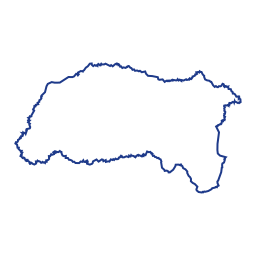 the district of Senangkhanikhom, Amnat Charoen, Thailand
{"feature_id": "78962969B182385267454", "entity_name": "Senangkhanikhom", "entity_type": "district", "adm_level": 2, "iso_a3": "THA", "parent_name": "Thailand", "parent_adm1": "Amnat Charoen", "projection": "natural_earth1", "projection_center": [104.697, 16.044], "detail": "fine", "context": "isolated", "style": "outline", "palette": "blue", "viewbox_px": 256, "rotation_deg": 0, "n_neighbors": 0, "source": "geoboundaries", "source_scale": "gbopen_adm2", "svg_char_len": 5772}
<svg xmlns="http://www.w3.org/2000/svg" viewBox="0 0 256 256"><path d="M222.6,83.8L221.4,85.8L220.5,86.3L218.9,86.2L218.1,87.1L217.2,87.1L215.9,86.1L214.7,86.9L213.1,85.3L211.3,81.9L210.6,81.9L209.5,80.8L206.9,80.3L205.1,79.4L204.1,76.8L204.2,75.8L202.8,74.6L201.5,72.0L200.7,72.0L199.7,71.3L199.2,72.5L198.2,72.0L196.3,72.3L197.0,73.9L195.8,74.6L195.3,74.4L194.7,75.8L192.6,76.5L192.7,77.0L191.6,78.6L191.4,78.3L190.6,79.0L189.7,78.4L189.2,79.4L188.9,79.1L188.0,79.8L186.6,79.9L186.1,79.3L183.6,80.5L181.3,80.0L181.3,80.9L179.4,79.7L178.8,80.3L178.5,79.7L177.4,80.1L177.3,79.7L176.9,80.3L176.0,80.4L173.1,79.9L173.0,80.5L172.3,80.6L172.0,79.9L169.8,81.1L169.3,80.6L168.3,81.1L167.9,80.6L167.2,81.1L166.4,80.7L164.7,81.9L162.6,79.4L159.4,79.8L158.3,79.3L157.8,77.2L152.3,76.1L148.0,75.8L146.0,73.7L145.2,71.5L141.8,72.2L139.9,70.8L138.9,71.3L137.1,70.5L135.0,70.8L134.0,69.4L132.5,69.8L131.4,68.1L130.4,67.8L128.9,66.1L128.2,66.0L127.3,67.0L126.8,66.8L125.7,67.9L123.5,67.4L122.3,68.0L121.1,66.4L120.2,66.7L119.6,65.4L118.7,65.3L119.0,64.5L118.6,64.1L118.2,64.3L117.3,63.7L116.9,64.2L116.5,63.6L115.3,64.1L112.7,66.3L111.1,65.1L110.1,66.0L105.5,63.7L104.2,64.4L101.6,64.4L101.3,64.0L100.9,64.9L100.4,64.6L100.0,65.3L98.3,64.0L97.6,65.0L97.5,65.8L96.8,65.2L96.0,65.8L94.7,65.0L93.2,66.1L91.8,64.8L91.7,63.5L89.8,63.7L87.8,66.3L85.8,67.7L84.0,70.3L82.9,70.9L82.8,71.5L80.9,71.0L77.9,72.6L77.6,73.7L78.7,74.3L77.9,75.3L77.3,74.4L76.1,73.9L74.1,76.4L72.4,77.1L68.5,77.0L59.8,82.6L54.9,82.7L51.7,82.1L47.8,83.9L46.5,86.3L45.0,92.2L41.4,95.7L41.3,96.3L41.6,96.6L41.1,96.9L41.1,97.5L41.4,98.3L40.6,99.5L39.3,100.3L39.3,101.8L37.6,102.8L38.2,104.2L36.8,104.5L36.2,105.2L35.7,105.0L35.4,106.3L34.4,106.1L34.2,107.7L33.1,109.3L34.0,110.3L33.7,110.7L34.0,110.9L31.4,115.4L31.4,116.3L30.4,116.7L29.8,116.4L29.4,117.4L28.3,117.8L29.3,118.9L29.3,119.5L28.0,120.4L28.4,121.3L29.1,121.2L28.1,122.3L29.3,123.1L29.4,123.8L29.8,123.9L29.3,124.7L30.2,127.0L30.0,128.0L29.7,128.4L26.6,129.1L26.2,130.1L26.8,130.5L25.7,133.7L25.2,132.6L24.0,133.2L23.2,132.5L23.1,133.3L22.5,133.2L23.2,133.9L22.5,134.4L22.9,135.0L22.5,136.1L21.1,136.2L20.8,138.2L20.4,138.4L19.9,137.9L19.1,139.4L18.0,139.9L17.8,141.5L16.9,142.3L15.9,142.2L15.4,143.5L17.1,144.7L17.5,147.6L18.8,147.7L18.5,148.8L20.5,150.9L21.6,150.9L21.1,152.0L22.3,152.5L21.8,153.3L21.7,154.9L21.0,154.7L20.5,156.1L21.5,156.6L22.6,158.0L23.6,157.5L24.4,157.9L24.4,158.7L25.8,159.7L25.6,160.5L26.6,161.1L27.1,161.0L27.1,159.9L27.6,159.9L27.8,160.8L29.4,161.8L29.4,162.9L30.0,163.9L30.4,163.8L30.7,162.7L31.4,162.7L33.0,164.0L34.4,164.5L36.1,163.5L35.9,161.5L37.0,161.6L37.5,160.7L38.1,161.3L38.8,161.1L40.3,161.8L41.1,162.8L41.9,162.7L42.6,161.9L43.7,162.6L44.4,162.3L45.1,163.0L45.6,162.0L46.7,161.7L46.2,160.4L48.4,159.8L49.1,158.9L48.9,156.1L50.2,156.2L51.2,154.2L52.1,154.8L54.1,154.1L54.2,153.1L53.3,152.3L54.9,151.2L55.8,151.5L55.4,152.4L55.7,152.8L57.3,152.0L58.5,152.1L59.8,151.0L60.6,151.8L61.4,151.9L61.6,153.4L62.5,155.5L64.0,156.2L65.8,155.9L65.7,158.0L67.9,158.0L69.0,159.8L70.4,159.9L71.9,160.6L72.9,161.9L74.1,161.7L75.5,163.0L79.1,163.1L80.7,161.5L82.2,161.9L83.3,160.3L84.1,161.9L85.6,162.0L86.2,160.9L87.2,160.5L87.8,161.9L86.9,162.9L87.0,163.7L89.8,164.6L92.0,163.8L92.7,163.0L93.0,161.4L96.5,159.5L98.6,161.6L101.8,159.4L102.9,159.7L103.4,161.2L105.7,160.1L105.9,161.9L108.3,161.3L109.4,161.6L110.8,159.4L112.5,160.0L113.2,159.2L114.1,160.0L115.5,158.6L116.5,159.2L117.9,159.1L118.6,158.6L118.8,157.6L119.7,157.4L120.8,156.0L121.2,156.7L121.8,156.2L122.5,157.3L124.1,157.3L126.4,156.3L128.3,157.0L128.5,156.5L129.4,156.5L129.3,155.7L130.6,156.3L131.1,155.2L131.4,155.6L133.7,156.0L134.5,156.8L135.2,156.5L135.5,157.1L137.4,155.1L138.3,155.6L138.5,155.2L138.8,155.5L139.2,155.2L141.8,156.4L142.3,155.5L142.6,156.1L143.3,156.1L142.9,154.8L143.7,154.1L144.6,155.1L145.5,155.2L147.1,151.5L148.9,152.2L150.4,151.9L151.0,153.0L151.6,153.0L151.6,153.7L152.5,153.9L152.3,154.6L152.9,155.9L154.0,155.7L155.0,157.0L156.4,157.2L157.2,158.1L158.6,157.9L159.1,158.8L160.6,159.4L161.4,161.5L161.1,162.2L162.0,167.7L164.4,169.9L164.7,170.9L166.8,170.6L168.4,171.5L168.6,172.4L169.8,172.4L173.2,169.7L175.3,166.3L175.7,164.7L178.4,164.6L180.7,165.4L180.6,163.7L181.5,165.5L182.3,166.0L183.2,168.2L185.4,169.3L187.3,171.5L187.2,172.9L188.6,175.8L190.1,177.2L191.0,178.9L190.9,181.3L192.8,183.0L194.8,184.0L197.4,186.7L196.4,189.3L196.7,190.4L198.6,192.0L201.9,192.5L202.6,191.9L203.2,192.3L204.2,191.5L205.1,191.8L208.3,191.0L211.5,189.2L212.2,188.2L215.0,187.6L215.6,187.0L216.9,187.2L217.0,186.5L218.6,185.6L217.5,183.1L217.4,181.5L218.2,180.5L221.2,172.2L221.8,167.6L222.3,167.4L222.1,165.0L222.4,163.5L224.0,162.5L224.7,160.3L224.3,159.3L225.0,158.9L224.9,158.2L225.8,157.2L220.0,155.6L217.8,153.5L217.4,150.1L217.5,143.9L219.0,132.3L216.1,126.5L217.2,125.8L217.7,126.0L218.2,125.0L219.6,124.7L220.2,124.1L221.0,124.2L221.5,123.6L221.4,123.1L222.0,121.9L221.7,120.8L222.1,120.5L223.1,121.0L223.2,120.1L224.3,120.1L224.2,119.7L224.7,119.4L224.4,118.7L224.8,117.6L224.4,117.2L224.8,116.7L224.3,116.5L224.0,115.4L224.4,114.9L224.3,113.8L225.0,113.7L225.3,111.9L224.3,110.8L224.6,110.1L224.2,108.4L224.9,107.3L224.1,106.3L224.2,105.6L225.4,105.3L227.1,105.5L227.6,105.1L228.0,105.4L227.9,105.0L228.5,104.8L229.0,105.0L229.1,104.2L229.4,104.5L229.5,103.8L230.2,103.5L230.1,103.0L231.2,103.1L232.5,102.0L233.0,102.3L234.2,101.8L234.3,102.2L234.6,101.3L234.8,102.0L235.5,101.7L237.9,103.0L239.2,102.4L239.4,102.9L240.6,102.1L240.4,99.3L239.4,98.6L239.3,97.8L238.7,98.5L238.6,96.4L236.4,96.7L235.1,94.4L233.5,93.4L232.8,93.5L232.5,91.8L231.5,91.3L230.8,89.2L228.6,89.0L228.4,87.8L227.7,87.3L228.1,86.5L226.2,86.8L225.8,86.0L225.0,86.1L224.5,86.9L224.0,86.4L224.1,85.3L223.5,84.1L222.6,83.8Z" fill="none" stroke="#1e3a8a" stroke-width="2"/></svg>